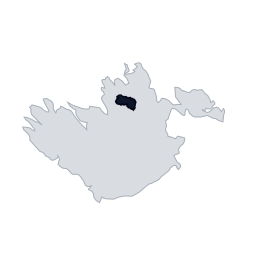 Claremorris Lea-6, Mayo, Ireland (highlighted), rotated 64°
{"feature_id": "5873133B40533987579120", "entity_name": "Claremorris Lea-6", "entity_type": "district", "adm_level": 2, "iso_a3": "IRL", "parent_name": "Ireland", "parent_adm1": "Mayo", "projection": "mercator", "projection_center": [-9.004, 53.656], "detail": "fine", "context": "in_parent", "style": "filled", "palette": "ink", "viewbox_px": 256, "rotation_deg": 64, "n_neighbors": 0, "source": "geoboundaries", "source_scale": "gbopen_adm2", "svg_char_len": 6836}
<svg xmlns="http://www.w3.org/2000/svg" viewBox="0 0 256 256"><g transform="rotate(64 128 128)"><path d="M156.6,47.3L152.1,50.6L151.4,51.8L150.1,56.8L149.9,58.2L147.0,63.7L145.4,64.8L143.0,65.7L141.6,66.5L139.9,66.1L137.7,66.2L136.6,67.1L136.7,67.9L137.3,68.8L141.4,71.3L141.1,72.3L140.0,73.5L132.8,76.4L130.6,78.2L129.9,79.4L130.6,81.3L136.4,87.2L137.4,87.8L138.2,91.2L143.3,92.6L145.4,94.7L147.2,95.2L151.1,95.0L152.7,95.8L153.6,95.2L154.1,94.1L158.5,90.0L157.1,86.9L161.5,81.6L162.7,81.7L164.8,83.3L166.5,85.5L167.1,88.5L168.7,91.2L169.7,92.2L172.5,92.7L173.2,93.7L172.7,97.6L173.1,98.9L180.2,98.8L183.1,97.1L185.6,97.4L186.8,99.2L187.4,101.0L185.2,101.6L183.0,101.3L181.9,102.4L181.8,104.7L182.6,107.6L184.1,109.7L185.3,114.3L186.3,119.4L187.8,122.5L188.1,126.3L187.9,128.2L188.2,131.6L187.5,132.8L188.0,135.9L190.6,146.1L191.1,153.9L189.8,156.9L188.1,159.7L187.0,163.0L186.1,166.6L185.6,172.3L181.9,179.0L180.3,180.7L178.5,181.7L182.5,186.3L179.2,188.4L175.7,189.1L171.7,187.9L169.3,188.0L166.1,190.5L165.4,190.0L164.0,186.2L162.9,190.2L160.6,191.4L156.7,191.1L150.2,192.2L147.7,193.3L146.7,195.1L145.9,197.1L144.9,198.3L143.7,198.9L138.7,200.4L137.7,201.0L135.4,204.3L132.4,206.1L129.8,206.7L127.6,204.8L126.7,203.7L125.6,203.1L122.2,203.2L123.3,203.8L124.0,205.1L124.3,207.7L123.9,210.2L122.2,211.4L120.2,211.7L117.0,214.3L112.8,215.0L110.5,217.4L96.5,221.4L95.7,221.5L93.8,220.4L91.7,220.0L89.6,220.3L83.8,222.5L80.9,222.1L84.6,216.5L89.4,213.7L89.9,212.9L88.3,212.5L79.1,214.5L75.9,216.2L72.7,216.6L74.2,214.1L78.3,210.6L81.9,208.3L83.4,206.2L87.8,203.9L73.7,208.7L70.1,208.1L69.2,206.8L66.3,207.4L65.2,204.1L69.5,199.2L72.0,197.0L74.9,195.9L77.7,194.2L78.8,192.2L77.5,191.5L69.0,192.0L64.9,191.6L65.1,190.0L65.9,188.2L70.1,185.2L72.4,184.7L74.4,185.0L78.0,186.8L82.8,186.2L80.8,184.2L80.4,180.2L78.9,178.9L80.9,177.1L83.1,175.9L86.8,172.1L88.2,171.5L95.5,170.6L103.5,168.6L111.4,165.8L107.3,164.2L105.4,162.2L102.3,166.3L100.0,167.9L93.7,168.8L91.7,168.3L88.9,167.0L88.0,167.5L87.2,168.5L83.0,170.5L78.6,171.0L83.7,167.3L90.2,160.9L91.7,158.9L93.7,155.4L93.1,153.9L91.7,153.0L96.5,145.7L98.1,144.4L101.1,144.2L103.3,143.1L104.3,143.1L105.2,142.6L107.1,140.5L104.1,139.1L101.1,138.4L91.5,139.1L90.2,139.0L89.1,138.3L88.3,137.3L87.7,134.9L87.0,134.3L84.8,134.3L82.7,135.1L81.2,135.0L79.8,133.9L82.1,131.4L79.1,130.8L76.1,131.3L73.5,130.5L73.5,128.9L74.6,127.3L73.1,125.8L72.8,123.9L74.4,123.0L76.1,123.3L79.7,121.9L84.3,121.2L80.4,119.8L78.8,118.6L78.7,116.8L79.0,115.2L83.6,112.5L88.4,111.4L88.0,109.6L88.4,107.7L83.5,107.2L78.7,108.5L79.2,104.9L80.3,101.6L80.6,99.4L80.3,97.1L78.1,98.1L77.8,94.8L76.8,92.6L73.5,94.1L73.6,91.2L74.6,89.1L76.3,88.2L78.0,88.6L81.3,88.5L84.4,87.0L88.8,86.6L96.0,87.1L100.9,91.5L102.2,90.7L104.1,87.9L105.0,87.6L112.4,88.8L117.0,90.4L118.3,89.9L117.6,86.8L116.0,84.7L118.0,81.8L120.4,79.9L122.0,79.0L125.8,77.8L127.4,76.7L128.5,73.1L130.2,70.0L120.8,71.6L111.9,68.0L113.4,65.5L115.2,64.0L118.5,62.9L118.8,61.6L120.4,60.5L123.1,57.6L122.1,53.7L122.7,51.0L124.6,49.1L125.2,46.5L126.1,44.6L130.1,43.9L133.9,42.1L139.7,41.9L141.3,42.6L140.9,39.4L143.7,39.0L144.7,39.6L145.2,41.9L146.5,43.3L146.9,45.8L146.0,47.7L144.6,49.2L145.9,50.7L143.9,53.5L146.1,52.3L149.1,49.6L149.0,47.4L148.4,44.7L147.6,42.2L148.0,39.4L149.7,37.7L154.2,36.9L152.4,33.7L154.0,33.5L155.8,34.1L158.5,36.5L164.1,40.0L161.3,43.0L158.0,45.1L156.6,47.3ZM77.7,106.1L77.6,107.5L75.4,105.7L74.4,103.8L68.5,102.9L70.9,101.0L72.1,101.5L76.3,101.6L77.5,102.4L77.7,106.1Z" fill="#d9dde1" stroke="#a8b0b8" stroke-width="1"/><path d="M110.2,118.2L110.3,118.1L110.5,118.0L110.5,117.9L110.7,117.7L110.8,117.4L110.9,117.2L111.0,117.0L111.1,116.9L111.1,116.7L111.3,116.7L111.3,116.9L111.5,116.9L111.5,117.0L111.9,117.0L112.1,117.0L112.2,116.9L112.0,116.7L112.3,116.5L112.4,116.3L112.5,116.4L112.9,116.2L113.0,116.1L113.3,115.9L113.4,115.4L113.5,115.4L114.0,115.3L113.9,115.2L114.0,115.2L113.9,115.0L113.8,114.9L113.9,114.7L113.7,114.6L113.7,114.4L113.5,114.2L113.6,113.8L113.6,113.7L113.5,113.4L113.1,113.1L112.9,113.2L112.7,113.1L112.5,112.9L112.5,112.7L112.4,112.6L112.2,112.6L111.9,112.8L112.0,112.9L112.0,113.0L111.8,113.1L111.8,112.9L111.7,112.8L111.4,112.7L111.2,112.6L111.0,112.1L111.0,111.9L110.8,111.8L110.7,111.7L110.3,111.6L110.2,111.5L109.8,111.0L109.6,110.8L109.3,110.6L109.2,110.5L108.9,110.4L108.6,110.1L108.5,109.9L108.4,109.9L108.2,109.7L108.1,109.8L108.1,110.0L107.5,109.7L107.1,109.6L107.0,109.9L106.9,109.8L106.7,109.8L106.4,109.9L106.3,110.1L106.2,110.2L106.0,110.3L105.9,110.3L105.8,110.2L105.7,110.1L105.6,109.9L105.6,109.7L105.3,109.7L105.3,109.8L105.3,110.0L105.5,110.3L105.2,110.4L105.2,110.5L105.3,110.6L105.3,110.8L105.2,110.9L105.1,110.7L104.9,110.7L104.4,110.5L104.2,110.7L104.1,110.8L104.1,111.0L103.9,111.1L103.8,111.3L103.6,111.4L103.3,111.2L103.2,111.3L103.0,111.7L103.0,111.9L103.0,112.1L103.0,112.3L103.4,112.7L103.2,112.8L103.0,112.7L102.9,112.6L102.7,112.6L102.4,112.7L102.4,112.9L102.0,112.6L101.8,112.5L101.7,112.5L101.7,112.8L101.7,113.0L101.8,113.2L101.7,113.3L101.7,113.5L101.5,113.4L101.4,113.4L101.3,113.5L101.2,113.6L101.3,113.7L101.3,113.8L101.4,114.1L101.2,114.1L101.1,114.4L101.1,114.5L100.9,114.9L100.7,115.4L100.7,115.1L100.3,115.2L100.3,115.5L100.1,115.7L100.1,115.8L99.9,115.9L99.9,116.2L100.0,116.2L99.9,116.4L99.9,116.5L99.7,116.4L99.5,116.1L99.4,115.9L99.1,116.0L98.9,116.1L98.9,116.3L97.8,118.4L97.5,118.5L97.4,118.7L97.3,118.9L97.2,119.0L96.9,119.3L95.5,119.7L95.3,120.1L94.6,121.5L94.7,122.7L94.8,123.0L95.1,123.2L95.1,123.3L94.9,123.5L94.9,123.8L94.9,124.0L95.0,124.0L95.3,124.3L95.7,124.3L95.7,124.2L95.8,124.2L95.8,123.8L96.0,123.8L96.1,123.6L96.3,123.6L96.3,123.9L96.2,123.9L96.2,124.1L96.5,124.1L96.8,124.0L96.9,123.9L96.9,124.2L96.8,124.3L96.7,124.3L96.8,124.4L96.9,124.6L97.1,125.0L97.0,125.5L98.3,126.3L98.3,127.2L99.0,127.3L99.1,127.5L99.3,127.5L99.6,127.4L99.6,127.5L99.8,127.6L100.1,127.5L100.0,127.4L100.4,127.2L100.5,127.1L100.8,127.2L101.0,127.3L101.4,127.1L101.5,127.1L101.6,126.9L101.7,126.7L101.8,126.5L102.0,126.5L102.2,126.4L102.3,126.3L102.3,126.2L102.3,125.8L102.4,125.7L102.5,125.5L102.8,125.2L103.0,125.1L103.4,124.9L103.5,124.7L103.9,124.5L104.0,124.5L104.1,124.4L104.1,124.2L104.3,124.0L104.3,123.9L104.3,123.7L104.2,123.5L104.1,123.3L103.9,123.3L104.0,123.1L103.9,123.1L103.8,122.6L103.9,122.3L104.0,122.3L104.3,122.4L104.9,122.2L104.9,121.8L104.8,121.6L104.7,121.6L104.9,121.5L105.1,121.3L105.3,121.5L105.4,121.2L105.5,121.2L105.7,120.9L105.5,120.7L105.7,120.2L105.8,120.2L105.8,119.9L105.8,119.5L105.9,119.3L105.7,119.2L105.9,118.7L106.1,118.8L106.4,118.7L106.6,118.5L106.7,118.4L106.8,118.4L106.9,118.5L107.3,118.8L107.5,119.1L107.7,119.3L108.0,119.3L108.0,119.2L108.1,118.9L108.5,118.8L108.8,118.7L109.0,118.6L109.3,118.8L109.7,118.8L109.7,118.7L109.8,118.7L110.0,118.5L110.1,118.3L110.2,118.2Z" fill="#0f172a" stroke="#020617" stroke-width="1.5"/></g></svg>